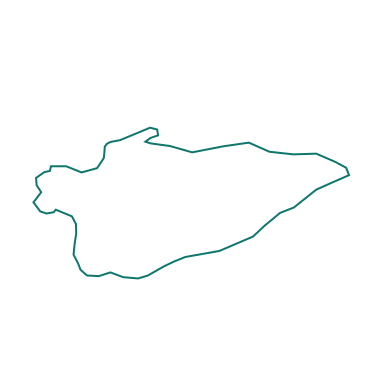 outline of Nynäshamn, Stockholm, Sweden, rotated 257°
{"feature_id": "70781695B48387323711272", "entity_name": "Nynäshamn", "entity_type": "district", "adm_level": 2, "iso_a3": "SWE", "parent_name": "Sweden", "parent_adm1": "Stockholm", "projection": "orthographic", "projection_center": [17.89, 58.97], "detail": "fine", "context": "isolated", "style": "outline", "palette": "teal", "viewbox_px": 384, "rotation_deg": 257, "n_neighbors": 0, "source": "geoboundaries", "source_scale": "gbopen_adm2", "svg_char_len": 884}
<svg xmlns="http://www.w3.org/2000/svg" viewBox="0 0 384 384"><g transform="rotate(257 192 192)"><path d="M217.6,35.2L207.2,39.8L203.8,45.3L203.4,52.6L205.4,55.3L200.4,62.3L195.3,69.5L186.9,71.7L177.9,69.9L167.3,65.8L157.6,62.5L147.6,65.0L141.3,65.9L134.3,70.9L131.0,82.2L132.0,94.4L124.5,105.8L119.9,120.0L120.5,130.1L125.7,147.3L128.3,158.8L130.2,171.0L128.4,205.4L134.9,241.5L142.8,255.1L151.8,273.1L154.0,287.8L166.4,313.7L169.7,330.7L173.1,348.8L181.0,347.6L188.9,338.6L201.4,321.7L205.9,299.1L213.8,276.5L227.3,258.5L229.5,232.6L230.6,201.1L241.8,180.8L248.6,162.8L251.5,157.9L254.0,163.7L254.8,171.7L260.7,172.1L264.1,165.6L258.7,133.6L259.1,123.8L258.1,119.9L255.8,117.2L249.2,115.2L244.8,113.6L236.6,104.9L235.9,88.8L245.4,75.2L248.8,60.4L244.5,58.2L244.6,52.7L240.8,43.2L233.8,42.2L233.4,42.2L225.7,45.0L217.6,35.2Z" fill="none" stroke="#0f766e" stroke-width="2"/></g></svg>